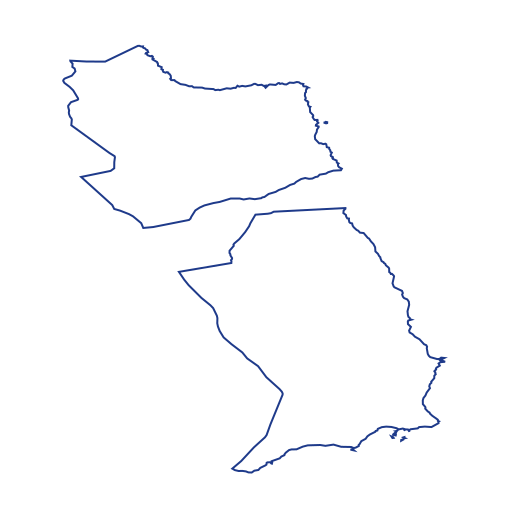 the district of Skagabyggð, Norðurland vestra, Iceland, rotated 177°
{"feature_id": "244011B21592329160761", "entity_name": "Skagabyggð", "entity_type": "district", "adm_level": 2, "iso_a3": "ISL", "parent_name": "Iceland", "parent_adm1": "Norðurland vestra", "projection": "natural_earth1", "projection_center": [-20.226, 65.901], "detail": "fine", "context": "isolated", "style": "outline", "palette": "blue", "viewbox_px": 512, "rotation_deg": 177, "n_neighbors": 0, "source": "geoboundaries", "source_scale": "gbopen_adm2", "svg_char_len": 6001}
<svg xmlns="http://www.w3.org/2000/svg" viewBox="0 0 512 512"><g transform="rotate(177 256 256)"><path d="M290.8,44.9L288.3,43.3L284.6,42.2L280.8,42.1L277.3,41.4L274.9,40.3L271.6,40.0L268.9,41.7L264.8,42.2L262.8,44.2L257.6,46.4L256.5,47.1L256.2,48.9L255.5,49.3L252.2,49.3L251.8,48.2L251.0,47.8L250.6,49.0L251.0,50.3L242.9,52.7L241.2,54.4L238.1,55.6L238.0,56.3L236.6,58.0L233.1,60.5L230.5,61.0L225.7,60.8L219.2,63.2L214.2,64.2L201.8,63.9L196.6,62.8L188.5,63.6L180.9,61.0L171.0,60.3L168.4,59.1L166.5,59.4L163.3,60.9L163.3,62.0L162.5,62.6L160.5,65.6L156.1,67.7L154.2,70.1L151.6,71.8L146.1,74.2L145.7,75.0L143.9,75.4L143.4,77.0L139.3,78.5L134.9,78.8L129.8,78.2L124.7,76.7L123.5,76.0L123.6,75.5L123.2,75.3L118.4,76.0L116.5,75.3L117.0,74.6L116.8,74.4L115.5,75.0L113.3,74.8L112.4,73.2L112.0,73.3L111.8,74.3L110.7,74.9L103.5,75.4L102.1,76.6L96.3,76.8L89.7,76.0L82.5,79.5L82.5,81.0L82.0,81.3L83.0,81.8L83.0,83.0L88.4,87.3L90.6,89.6L90.8,90.5L92.6,91.8L95.0,94.7L94.7,95.8L94.9,96.5L97.1,99.3L97.0,103.1L96.2,105.4L94.1,107.8L92.7,110.7L89.2,114.9L89.8,116.8L89.1,118.8L87.5,120.2L87.6,121.3L84.4,124.6L84.2,127.1L82.7,128.6L83.1,129.4L83.0,130.4L83.9,131.4L83.8,131.8L82.1,133.2L82.3,133.8L81.7,135.0L78.2,136.9L79.3,139.1L77.4,140.3L72.7,140.5L74.9,141.5L76.9,141.5L77.8,142.4L73.3,144.3L76.4,144.8L78.1,143.6L80.5,143.6L87.3,145.9L88.7,147.4L89.6,149.3L90.3,155.1L89.9,156.4L90.6,158.0L92.8,159.1L97.1,164.3L101.5,167.1L103.7,169.7L106.6,171.6L107.0,173.5L105.0,177.1L107.8,180.0L107.8,182.7L107.3,183.6L104.2,184.3L105.5,184.8L105.6,185.9L107.0,187.3L107.4,189.2L107.6,192.9L105.6,199.2L105.8,202.4L107.2,204.7L110.3,206.2L111.4,207.6L112.1,209.9L111.3,211.3L112.0,213.5L119.4,217.5L120.1,218.4L121.1,221.6L119.2,228.4L119.4,229.1L121.1,231.0L122.3,231.0L122.8,232.2L123.8,233.0L123.7,236.4L124.1,237.4L126.8,239.9L127.3,241.4L128.6,242.3L128.9,243.1L130.8,244.3L131.9,247.4L131.9,248.2L133.1,249.6L134.1,251.8L136.5,254.3L136.6,258.5L138.1,261.8L140.5,264.6L142.2,267.5L143.4,268.2L147.3,273.3L151.0,273.9L152.6,275.9L154.1,276.7L156.9,279.6L157.9,281.3L158.3,283.5L160.1,284.0L161.0,284.9L161.4,287.2L161.2,288.5L162.9,288.8L163.9,290.7L164.0,292.2L166.5,294.3L166.1,296.8L164.2,298.5L164.2,299.2L236.0,299.3L238.8,298.0L242.0,297.6L254.4,297.3L259.9,289.0L261.3,286.1L265.6,280.4L271.8,273.7L277.0,269.7L277.9,268.6L277.7,267.3L282.1,262.7L282.3,260.4L281.5,259.1L281.5,257.9L280.0,255.2L280.1,254.3L281.2,253.1L280.8,252.2L281.0,250.3L333.8,244.2L329.0,236.2L324.8,230.4L312.7,217.0L304.1,209.2L301.5,206.2L298.2,198.4L297.8,196.0L298.2,190.8L297.7,187.6L296.2,183.0L292.6,176.4L285.3,169.4L274.7,160.4L270.2,154.2L259.7,145.9L252.0,134.4L239.5,121.9L237.3,119.1L236.6,117.4L236.7,116.1L250.4,87.1L254.8,76.6L256.6,74.4L268.1,65.0L281.5,52.0L290.8,44.9ZM357.2,290.3L321.0,295.5L319.5,296.7L318.6,298.5L314.2,304.7L309.7,307.3L304.9,309.2L295.7,311.1L289.4,311.9L278.3,314.7L269.1,314.2L265.4,313.1L259.5,313.8L254.2,312.8L247.6,313.5L246.7,314.2L244.5,314.5L240.1,317.3L233.0,319.0L229.8,320.7L223.2,322.6L218.2,325.2L213.9,326.3L212.0,327.9L206.9,330.5L202.8,331.3L199.0,330.3L195.7,330.4L192.4,331.8L190.3,332.0L188.2,333.9L181.9,334.6L179.5,335.9L174.3,337.2L166.7,337.2L165.7,338.7L168.4,340.3L169.3,341.6L169.4,343.6L168.8,344.1L170.4,345.1L170.5,347.1L174.1,348.9L174.0,349.8L174.6,350.0L174.3,351.0L175.9,351.8L176.2,352.8L174.9,355.3L176.2,356.2L176.3,357.7L177.2,358.9L177.3,360.3L179.6,361.0L180.0,363.9L180.8,364.5L183.0,364.2L185.2,365.2L187.0,365.2L190.8,369.6L191.0,372.6L190.5,374.0L188.9,376.7L188.5,379.0L186.6,381.6L186.7,382.1L189.4,383.0L189.2,383.9L186.8,385.7L188.0,387.2L188.1,387.7L187.4,388.1L187.5,388.7L190.4,388.8L191.5,390.4L192.2,391.8L191.5,392.8L191.6,393.7L194.4,396.9L194.5,401.3L193.9,402.1L195.2,402.5L195.7,403.4L196.2,404.8L195.7,406.9L196.4,407.3L196.5,408.0L197.9,408.5L198.8,409.5L198.0,411.1L198.8,413.4L198.5,416.1L197.5,417.1L197.5,418.4L197.0,420.1L196.3,420.4L196.1,421.4L195.1,421.5L196.9,422.6L199.7,423.0L200.1,424.2L199.7,425.3L202.4,425.9L204.0,427.2L206.1,427.6L209.4,426.9L213.3,427.4L216.7,425.7L218.8,426.0L220.9,427.0L223.0,426.6L223.6,427.4L224.7,427.5L227.4,425.8L233.1,426.6L234.6,426.1L237.6,423.5L238.2,424.4L237.6,425.6L239.3,425.4L241.4,426.7L245.1,426.5L247.6,427.9L248.9,428.0L251.8,426.7L257.7,425.9L260.9,426.6L263.9,426.0L265.6,427.0L267.5,424.9L269.3,425.1L272.6,424.4L276.5,425.0L283.4,423.5L284.9,424.0L288.0,423.8L289.7,424.9L298.2,425.9L301.1,427.0L309.4,427.6L311.0,428.9L313.9,429.0L317.5,430.6L322.4,431.6L327.5,434.9L328.2,435.9L331.5,436.1L332.4,437.4L331.6,438.0L331.7,440.4L332.6,442.0L334.0,443.0L334.0,443.8L335.4,444.3L336.7,443.8L338.9,444.7L339.4,445.9L339.2,446.8L340.7,447.5L340.3,449.5L343.9,451.2L343.9,453.6L344.5,454.1L344.6,454.9L348.9,457.6L348.1,458.5L349.1,459.1L348.6,460.5L349.5,461.3L351.1,461.0L353.9,462.2L354.3,463.4L355.6,463.9L355.2,464.5L353.0,465.2L353.7,467.3L354.9,467.8L356.0,469.2L357.6,469.8L358.1,470.5L357.9,471.2L359.7,471.2L361.5,472.0L363.0,472.0L396.5,458.0L415.4,459.1L431.2,460.8L431.1,460.1L429.1,457.7L429.5,454.4L427.3,452.7L426.7,449.8L430.5,445.7L437.5,443.3L438.4,442.7L439.3,441.5L439.3,440.8L438.3,438.9L433.3,434.7L429.9,431.0L425.5,422.8L425.4,421.9L425.9,421.3L432.7,419.3L435.7,415.8L435.7,414.3L435.0,411.0L435.4,409.3L435.3,407.6L434.4,404.8L433.1,403.0L432.8,401.9L433.6,396.2L396.9,366.5L392.0,363.1L391.7,362.1L392.6,357.2L393.0,351.0L396.7,348.6L426.5,344.1L396.9,314.4L395.1,310.4L389.3,308.4L380.7,304.5L376.8,302.1L368.9,294.8L367.1,289.9L357.2,290.3ZM125.6,72.9L128.4,70.6L128.4,70.2L125.9,69.5L125.6,70.7L125.9,71.4L125.3,72.5L125.6,72.9ZM179.3,386.3L179.7,385.9L181.4,385.7L179.1,384.8L178.0,385.0L177.9,385.9L179.3,386.3ZM169.4,57.9L171.8,57.7L168.2,56.7L169.4,57.9ZM117.7,65.4L120.6,64.7L120.7,63.9L117.7,65.4ZM130.2,68.7L129.3,67.1L128.1,67.2L128.5,67.9L130.2,68.7ZM117.3,67.4L118.5,67.1L118.0,66.7L118.2,66.1L116.7,66.3L117.4,66.7L117.3,67.4ZM124.3,74.0L124.9,73.9L125.6,73.8L124.9,73.4L124.3,74.0Z" fill="none" stroke="#1e3a8a" stroke-width="2"/></g></svg>